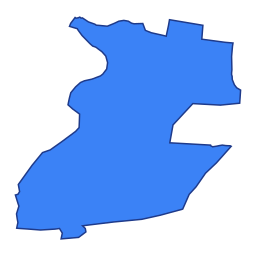 the district of Kuje, Federal Capital Territory, Nigeria
{"feature_id": "59680162B82387239737873", "entity_name": "Kuje", "entity_type": "district", "adm_level": 2, "iso_a3": "NGA", "parent_name": "Nigeria", "parent_adm1": "Federal Capital Territory", "projection": "orthographic", "projection_center": [7.22, 8.673], "detail": "fine", "context": "isolated", "style": "filled", "palette": "blue", "viewbox_px": 256, "rotation_deg": 0, "n_neighbors": 0, "source": "geoboundaries", "source_scale": "gbopen_adm2", "svg_char_len": 1527}
<svg xmlns="http://www.w3.org/2000/svg" viewBox="0 0 256 256"><path d="M75.1,17.5L74.5,18.3L70.7,23.3L69.5,26.4L77.3,28.7L78.2,30.3L82.1,35.6L89.9,43.6L92.7,46.1L95.7,47.1L101.9,51.7L105.8,56.1L107.6,62.7L107.1,66.1L106.7,69.0L102.8,74.1L100.5,75.9L91.8,79.2L91.7,79.2L84.4,80.8L80.5,82.5L75.6,86.9L70.8,92.7L69.4,98.1L68.5,102.3L68.3,103.3L68.0,104.8L72.8,109.1L79.6,114.1L79.3,122.8L79.1,127.6L75.6,131.4L61.2,142.1L50.2,149.9L42.5,152.6L32.1,165.3L18.3,184.5L19.2,189.4L19.6,191.7L17.9,194.3L15.4,195.0L18.1,203.8L18.9,206.1L16.5,213.9L17.2,218.7L17.7,221.4L17.9,222.7L17.4,224.7L16.7,228.2L18.8,228.4L27.5,229.0L40.5,230.0L55.0,229.1L59.5,228.5L62.3,233.1L61.1,238.9L78.6,237.4L85.9,231.9L85.3,228.5L82.6,225.8L89.5,224.9L113.5,222.0L132.5,220.2L141.8,219.3L154.9,216.4L160.3,215.2L182.7,209.1L189.2,194.3L196.0,186.9L205.5,173.2L213.1,166.0L216.3,163.0L231.2,146.3L230.3,145.8L225.9,145.6L222.3,145.1L219.3,145.6L217.0,146.1L212.6,146.8L210.5,145.6L210.5,145.1L169.8,142.8L173.0,124.9L192.8,103.6L220.4,105.1L239.7,103.2L240.6,90.1L236.7,87.8L234.4,84.8L232.3,79.6L232.1,76.1L232.0,75.9L231.6,74.7L231.6,72.9L231.9,69.9L231.6,56.4L232.5,46.1L233.0,43.0L225.0,42.3L201.8,39.2L202.9,25.3L169.5,19.7L168.4,25.9L166.2,36.2L163.1,35.4L151.1,32.7L145.4,30.4L142.8,23.5L136.4,23.7L134.1,23.8L131.6,23.2L128.3,21.2L126.2,20.8L123.8,20.4L118.8,21.2L114.4,23.3L107.3,26.2L99.2,25.4L96.3,25.2L94.9,24.2L88.4,21.9L82.4,17.9L81.1,18.1L79.8,17.1L78.2,17.8L76.0,18.2L75.1,17.5Z" fill="#3b82f6" stroke="#1e3a8a" stroke-width="1.5"/></svg>